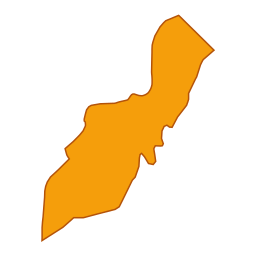 Al Hashwah, Sa`dah, Yemen (Equal Earth projection)
{"feature_id": "15242507B74180964049208", "entity_name": "Al Hashwah", "entity_type": "district", "adm_level": 2, "iso_a3": "YEM", "parent_name": "Yemen", "parent_adm1": "Sa`dah", "projection": "equal_earth", "projection_center": [44.261, 16.916], "detail": "fine", "context": "isolated", "style": "filled", "palette": "amber", "viewbox_px": 256, "rotation_deg": 0, "n_neighbors": 0, "source": "geoboundaries", "source_scale": "gbopen_adm2", "svg_char_len": 1706}
<svg xmlns="http://www.w3.org/2000/svg" viewBox="0 0 256 256"><path d="M214.0,50.2L198.5,34.9L192.1,28.6L178.9,15.6L178.6,15.4L165.8,20.7L163.7,22.7L160.1,26.8L154.9,35.9L152.9,42.2L152.2,45.1L152.1,47.2L152.0,49.2L152.0,52.3L151.6,71.7L151.6,72.0L151.7,73.9L151.9,75.5L152.0,77.3L152.1,79.2L152.1,81.0L152.1,82.8L152.0,84.6L151.5,86.6L150.9,88.4L150.2,89.8L149.3,91.3L148.4,92.6L147.2,93.6L146.0,94.4L144.7,95.0L143.0,95.6L141.7,95.8L138.8,95.5L136.3,94.7L134.2,94.0L132.9,94.0L131.6,94.7L130.5,96.0L129.4,97.7L127.9,99.7L126.9,100.1L125.4,100.5L124.0,100.8L122.7,101.1L121.3,101.4L120.1,101.7L118.5,102.1L117.3,102.5L115.9,103.0L115.0,103.2L114.5,103.3L108.7,103.5L100.2,103.8L98.5,104.1L93.3,105.0L91.2,105.4L88.8,106.8L86.6,109.8L85.7,112.9L84.3,118.6L84.2,119.4L84.2,120.3L84.3,121.1L85.0,121.7L85.2,122.1L85.3,122.6L85.4,123.6L85.5,125.1L85.4,125.7L85.3,126.2L83.1,130.9L79.6,135.1L73.2,141.6L65.1,148.6L65.6,150.6L66.8,154.9L67.8,156.7L69.3,158.9L58.4,169.7L50.5,177.0L47.3,182.0L45.7,186.3L44.8,191.1L44.6,197.2L43.1,216.8L42.5,222.1L42.1,227.5L42.1,229.8L42.1,232.4L42.1,234.9L42.1,236.4L42.1,237.9L42.0,240.6L63.0,227.2L73.7,217.7L83.2,217.7L83.8,217.6L96.9,214.1L115.1,209.4L119.2,206.8L122.8,199.6L132.3,180.2L135.2,177.1L138.9,166.4L139.4,157.9L140.1,154.5L141.6,153.4L144.5,156.8L148.5,163.5L153.2,164.5L155.7,161.4L154.6,153.8L154.1,150.8L153.8,148.7L155.3,145.8L160.8,146.0L162.4,145.7L163.3,143.7L161.5,138.5L162.0,130.9L163.4,128.0L164.1,126.4L166.9,125.2L169.5,127.1L172.1,127.3L177.6,116.9L179.5,114.5L186.6,105.3L187.4,103.0L187.6,102.5L188.6,99.3L188.6,93.3L195.5,78.9L196.6,77.0L200.5,64.8L202.1,61.5L203.2,59.6L214.0,50.2Z" fill="#f59e0b" stroke="#b45309" stroke-width="1.5"/></svg>